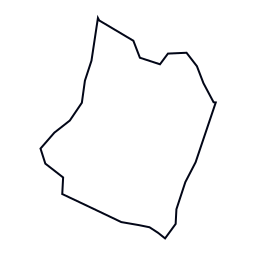 Suseong-gu, Daegu, South Korea (Natural Earth projection), rotated 273°
{"feature_id": "91817680B49679347075852", "entity_name": "Suseong-gu", "entity_type": "district", "adm_level": 2, "iso_a3": "KOR", "parent_name": "South Korea", "parent_adm1": "Daegu", "projection": "natural_earth1", "projection_center": [128.666, 35.83], "detail": "fine", "context": "isolated", "style": "outline", "palette": "ink", "viewbox_px": 256, "rotation_deg": 273, "n_neighbors": 0, "source": "geoboundaries", "source_scale": "gbopen_adm2", "svg_char_len": 512}
<svg xmlns="http://www.w3.org/2000/svg" viewBox="0 0 256 256"><g transform="rotate(273 128 128)"><path d="M236.3,92.2L193.3,88.0L173.0,82.5L150.8,80.6L132.4,69.5L119.5,54.7L102.9,41.7L88.1,47.3L75.2,65.8L58.6,65.8L48.1,91.4L33.7,126.2L31.6,143.9L30.0,154.7L24.9,163.5L19.7,170.8L34.7,180.6L49.4,180.6L77.0,188.1L97.3,197.3L158.1,214.3L158.2,212.1L176.7,201.0L193.3,193.6L206.2,182.5L204.4,164.0L193.3,156.6L198.8,136.2L215.4,128.8L233.9,93.6L236.3,92.2Z" fill="none" stroke="#020617" stroke-width="2"/></g></svg>